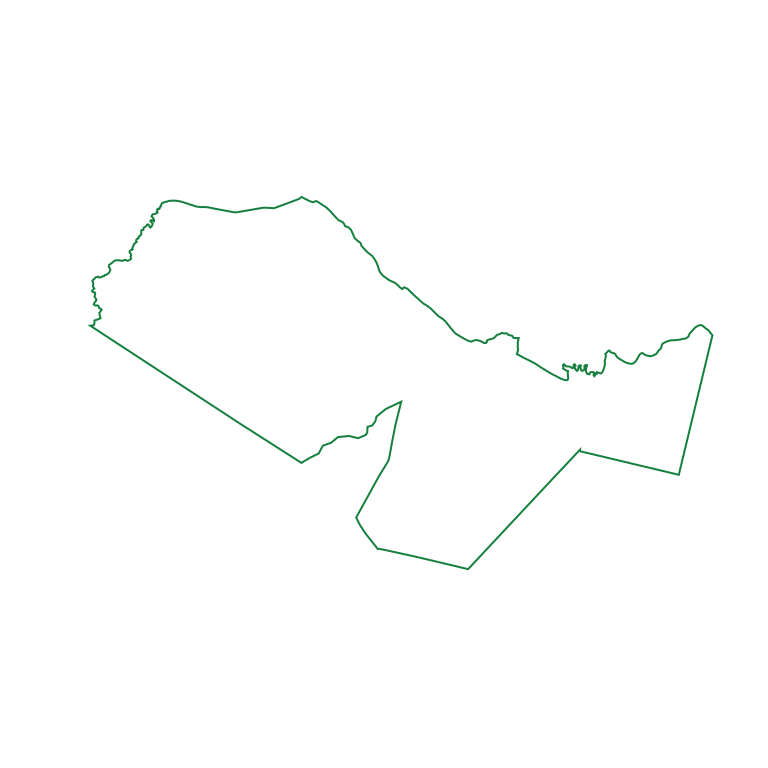 Rukh Kiri, Batdâmbâng, Cambodia (Natural Earth projection), rotated 194°
{"feature_id": "14789045B86646715992197", "entity_name": "Rukh Kiri", "entity_type": "district", "adm_level": 2, "iso_a3": "KHM", "parent_name": "Cambodia", "parent_adm1": "Batdâmbâng", "projection": "natural_earth1", "projection_center": [103.457, 12.595], "detail": "fine", "context": "isolated", "style": "outline", "palette": "green", "viewbox_px": 768, "rotation_deg": 194, "n_neighbors": 0, "source": "geoboundaries", "source_scale": "gbopen_adm2", "svg_char_len": 5676}
<svg xmlns="http://www.w3.org/2000/svg" viewBox="0 0 768 768"><g transform="rotate(194 384 384)"><path d="M177.7,366.2L127.8,366.7L117.5,366.8L76.0,367.2L77.1,510.7L78.6,511.8L79.4,512.5L80.2,512.9L81.0,513.7L82.4,514.7L83.7,515.2L85.3,515.8L86.4,516.4L88.1,517.2L88.9,517.5L89.9,517.9L90.9,517.7L92.3,517.3L93.5,516.3L95.0,514.9L96.1,513.5L97.0,511.9L98.4,509.0L99.2,507.8L99.6,506.5L100.0,505.4L100.1,503.4L101.2,502.3L102.1,501.4L103.2,500.7L104.6,500.2L107.5,498.7L111.9,497.0L116.2,495.8L120.3,493.4L123.2,490.8L123.9,489.1L123.8,486.7L124.1,485.1L125.4,483.4L127.0,479.2L129.9,476.6L131.8,475.6L132.6,475.4L134.5,475.3L136.3,475.2L137.6,475.4L140.5,476.5L141.8,476.1L143.1,474.3L144.4,469.5L145.6,466.3L147.5,463.9L149.6,463.3L152.8,463.1L155.7,463.6L159.8,464.8L162.2,465.5L164.3,466.5L165.6,467.7L167.0,469.1L168.5,469.5L170.9,469.6L171.9,469.7L172.8,470.7L173.8,470.9L174.7,469.9L175.2,468.8L176.5,466.6L175.9,465.8L175.4,464.7L175.4,463.2L175.3,461.3L175.5,459.9L174.5,456.9L174.3,453.8L174.6,450.3L175.3,447.6L176.4,446.6L178.1,446.8L180.1,447.1L180.7,446.3L180.1,445.1L181.0,444.6L181.4,443.6L181.8,442.5L182.8,443.3L182.9,444.4L182.6,445.6L183.6,446.2L185.9,445.7L187.1,444.6L187.0,443.1L189.2,443.0L190.6,444.3L191.4,445.9L191.8,449.2L191.4,450.3L191.6,451.4L192.5,451.3L193.8,450.5L193.8,449.4L192.9,446.5L194.9,444.6L196.1,445.0L196.8,446.3L197.4,447.5L197.4,449.6L198.6,449.4L199.6,448.3L199.2,446.7L199.2,444.9L199.4,443.9L200.3,443.4L201.6,444.7L202.4,444.9L203.3,447.2L202.6,448.0L203.3,449.0L204.2,449.1L204.6,447.6L204.0,446.8L204.3,445.6L205.0,445.1L205.9,445.0L206.6,445.5L207.4,445.7L209.3,445.6L211.5,445.2L214.1,446.7L215.0,445.6L214.4,444.8L214.0,443.8L214.1,442.4L212.9,441.9L211.4,441.5L210.2,441.2L208.5,441.1L208.5,439.4L207.7,437.2L207.0,434.9L206.5,433.7L207.0,432.1L208.2,431.7L209.7,431.6L211.7,431.8L213.6,431.9L218.0,433.1L222.5,434.0L227.2,435.4L232.0,436.9L235.8,438.1L239.3,439.3L242.0,440.3L247.6,441.7L250.9,442.4L255.9,443.5L261.0,444.9L262.3,445.1L262.1,449.7L263.2,452.2L264.3,457.0L264.4,461.2L267.5,460.3L269.6,460.1L271.3,461.8L275.1,461.7L277.1,462.9L279.7,462.0L282.0,462.1L283.6,460.7L286.4,458.8L287.2,457.3L288.4,455.2L290.1,454.0L293.1,452.4L294.7,451.1L294.4,449.5L295.0,448.5L296.9,448.0L300.6,449.0L305.3,449.1L309.9,446.1L313.2,446.4L317.0,447.3L321.9,448.7L327.1,450.4L330.6,452.8L334.3,455.6L339.5,459.6L343.0,461.5L345.2,462.1L347.4,462.9L350.4,464.6L355.1,467.5L357.8,469.0L361.6,470.5L365.0,471.5L368.7,473.4L371.5,474.9L375.5,477.0L378.6,478.7L384.3,482.1L387.7,482.7L388.7,481.6L389.2,480.5L391.0,481.2L394.0,482.9L396.7,484.4L399.2,485.1L403.8,485.9L407.2,487.2L411.6,489.0L415.5,492.1L418.3,496.7L420.7,500.0L423.1,502.6L426.4,505.4L431.9,507.8L437.1,511.1L439.3,512.7L440.9,515.2L443.0,516.0L446.9,517.9L448.3,519.0L450.0,521.5L453.6,525.9L456.9,527.5L459.8,527.7L461.4,529.6L463.3,531.1L467.3,531.9L468.2,532.2L469.4,533.0L471.5,534.3L474.7,536.4L477.5,538.4L480.2,540.0L483.6,541.8L485.0,542.2L487.4,543.0L490.1,543.9L492.5,544.9L494.4,545.0L495.8,543.9L496.9,543.2L498.9,543.3L501.1,543.6L503.0,544.1L504.9,544.5L507.1,545.0L509.1,545.6L510.0,544.7L511.2,543.0L512.0,542.5L513.4,541.5L533.3,527.9L534.8,527.7L541.1,526.5L543.0,526.1L545.7,525.0L568.2,515.1L570.1,514.5L571.2,514.3L589.9,513.2L597.2,512.9L600.3,512.4L605.6,511.1L607.3,511.0L609.2,510.8L612.6,511.1L614.1,511.2L616.0,511.2L617.8,511.4L619.3,511.6L621.1,511.6L622.9,511.8L624.8,511.9L628.3,511.7L630.9,511.4L632.6,511.0L634.0,510.6L636.5,509.8L637.7,509.2L638.7,508.4L640.3,507.8L641.8,506.7L643.0,506.0L643.4,504.5L643.8,503.2L643.5,502.3L644.1,501.6L644.3,499.5L645.7,499.5L646.3,498.6L645.8,497.6L646.2,496.4L645.2,495.7L646.1,494.5L647.2,493.8L648.2,493.1L649.3,492.8L649.9,491.9L650.1,490.4L648.5,489.5L646.7,487.6L646.6,486.3L648.5,486.7L649.4,486.7L650.2,485.8L649.7,485.1L647.3,483.8L647.3,481.8L647.7,480.5L648.5,479.3L649.4,479.7L650.1,481.0L651.6,481.8L652.6,480.9L652.9,479.9L653.9,478.6L655.0,477.4L654.8,475.3L655.8,474.9L656.5,474.6L656.5,473.3L655.9,471.4L655.7,470.2L656.7,469.2L656.9,468.2L657.9,467.0L657.4,466.2L658.3,465.2L659.1,464.7L659.2,463.0L658.3,462.0L659.3,461.2L660.0,459.6L660.7,458.8L660.4,457.8L660.9,456.2L661.1,454.6L660.4,454.0L661.0,453.2L661.8,452.8L662.9,451.6L662.7,450.1L661.1,449.1L660.5,447.6L660.7,446.3L659.7,444.6L660.1,443.7L661.1,442.6L662.6,441.5L664.0,441.7L665.4,441.9L667.0,440.5L668.2,440.2L670.1,439.9L671.9,439.8L674.0,439.1L675.4,438.4L676.7,436.4L678.1,434.7L679.5,433.2L679.4,431.2L678.5,430.3L677.8,429.6L677.1,428.7L677.2,427.5L677.8,425.2L678.5,424.5L680.1,422.6L681.4,422.1L681.8,420.8L683.3,420.3L684.0,419.5L685.1,418.8L686.3,418.4L687.6,419.0L688.7,418.1L689.5,417.8L690.5,415.9L691.5,414.6L692.0,413.7L691.1,412.4L690.4,410.9L690.0,408.3L688.2,406.6L689.4,404.7L689.8,403.5L688.9,402.9L687.6,402.7L686.4,402.7L686.0,401.3L686.0,398.9L684.9,397.8L684.2,396.9L683.5,396.4L683.6,394.8L684.4,393.5L684.9,391.2L684.1,390.5L682.8,390.4L680.9,391.0L679.8,390.5L679.2,389.4L678.2,388.5L677.0,388.5L675.9,387.7L676.5,386.4L677.4,383.8L676.8,382.7L676.3,381.7L675.6,380.7L675.0,379.1L676.7,378.0L677.5,377.3L678.4,376.8L680.3,375.6L680.2,374.7L679.8,373.4L679.5,372.3L680.0,370.8L680.8,370.4L683.1,369.5L514.7,310.9L445.1,287.5L437.8,294.7L430.5,300.8L429.4,305.7L428.4,309.3L421.1,314.2L415.8,321.4L405.3,325.1L395.9,325.2L389.6,330.0L388.5,332.5L389.6,338.5L385.4,340.9L383.4,345.8L383.4,350.6L376.1,360.3L363.0,371.0L363.0,347.4L362.3,332.5L361.1,314.0L361.3,310.1L366.7,293.0L373.1,268.8L378.7,247.7L373.0,241.1L365.8,234.5L350.1,222.4L348.6,223.0L310.7,224.1L257.6,224.7L229.9,274.5L198.4,331.1L177.9,367.7L177.7,366.2Z" fill="none" stroke="#15803d" stroke-width="2"/></g></svg>